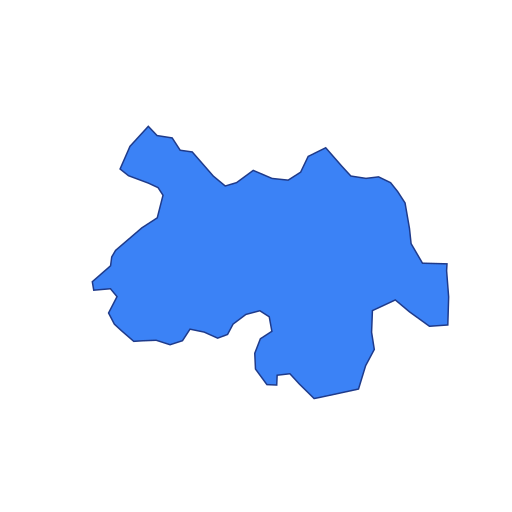 Uiryeong-gun, South Gyeongsang, South Korea (Natural Earth projection), rotated 57°
{"feature_id": "91817680B90592918780723", "entity_name": "Uiryeong-gun", "entity_type": "district", "adm_level": 2, "iso_a3": "KOR", "parent_name": "South Korea", "parent_adm1": "South Gyeongsang", "projection": "natural_earth1", "projection_center": [128.274, 35.379], "detail": "fine", "context": "isolated", "style": "filled", "palette": "blue", "viewbox_px": 512, "rotation_deg": 57, "n_neighbors": 0, "source": "geoboundaries", "source_scale": "gbopen_adm2", "svg_char_len": 1139}
<svg xmlns="http://www.w3.org/2000/svg" viewBox="0 0 512 512"><g transform="rotate(57 256 256)"><path d="M366.6,100.1L352.7,120.3L330.1,119.2L316.5,112.3L292.7,102.1L279.1,102.1L267.8,103.2L256.4,110.1L250.8,121.5L240.6,132.9L227.0,135.2L203.2,138.6L200.9,158.0L210.0,172.9L209.9,187.7L199.7,200.3L182.7,211.7L183.9,232.3L180.5,243.7L165.7,248.3L134.0,252.8L126.0,262.0L111.3,262.0L101.1,273.4L88.6,275.7L95.4,302.0L98.2,306.2L109.0,322.6L119.2,319.2L136.2,306.6L145.3,300.9L154.4,300.9L170.2,318.0L170.2,336.3L174.8,370.7L178.2,377.5L185.0,383.3L188.4,407.3L196.3,410.7L204.2,395.9L214.4,394.7L223.5,410.7L236.0,411.9L245.1,409.6L261.0,405.0L265.2,397.5L265.5,397.0L272.3,385.6L283.6,376.4L287.0,363.8L281.4,351.2L291.6,340.9L304.0,332.9L306.3,322.6L300.6,312.3L299.5,296.3L304.0,282.6L314.2,278.0L327.8,283.7L327.8,297.4L336.9,310.0L350.5,318.0L369.8,316.9L375.5,308.9L367.5,303.2L373.2,291.7L386.8,289.4L407.2,284.9L409.5,279.1L423.4,242.5L407.7,223.8L398.8,207.7L382.9,200.6L365.2,188.1L368.7,163.1L386.4,157.7L409.4,148.8L418.3,132.7L395.2,116.7L372.2,104.2L366.6,100.1Z" fill="#3b82f6" stroke="#1e3a8a" stroke-width="1.5"/></g></svg>